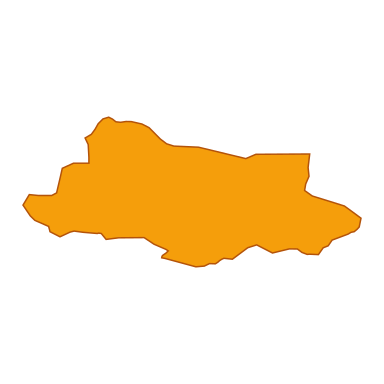 the border of Aluksne
{"feature_id": "LVA-1076", "entity_name": "Aluksne", "entity_type": "Municipality", "adm_level": 1, "iso_a3": "LVA", "parent_name": "Latvia", "parent_adm1": "", "projection": "equal_earth", "projection_center": [27.1, 57.427], "detail": "fine", "context": "isolated", "style": "filled", "palette": "amber", "viewbox_px": 384, "rotation_deg": 0, "n_neighbors": 0, "source": "natural_earth", "source_scale": "10m", "svg_char_len": 1174}
<svg xmlns="http://www.w3.org/2000/svg" viewBox="0 0 384 384"><path d="M108.7,117.2L112.5,119.1L115.9,121.8L120.6,122.3L126.0,121.5L131.3,121.6L141.9,124.0L149.1,127.7L160.4,139.1L166.6,143.8L173.9,146.1L198.5,147.2L245.8,158.6L255.9,154.3L309.7,154.0L308.1,167.5L309.0,176.3L305.7,184.0L304.6,190.5L312.3,196.0L344.4,206.0L361.0,218.2L359.2,227.0L357.2,229.2L354.2,231.7L351.1,232.3L348.1,234.1L332.1,240.1L328.2,245.8L323.2,247.8L318.4,254.6L309.6,254.2L307.2,254.4L301.9,252.4L297.4,249.0L289.3,248.9L272.5,253.0L256.7,244.9L247.8,247.7L232.4,259.2L223.9,258.3L221.7,259.3L219.6,260.6L218.0,262.1L215.4,263.8L209.5,263.6L204.3,266.1L195.8,266.8L164.9,258.4L161.7,257.8L161.9,256.7L162.5,255.5L166.1,253.0L168.2,250.9L166.0,249.4L154.0,244.2L144.1,237.6L118.6,237.8L106.1,239.4L101.3,233.5L100.1,233.3L98.5,233.1L97.3,233.5L83.2,232.3L74.1,231.1L70.1,232.1L60.0,236.8L50.0,231.7L49.7,230.4L48.6,226.4L34.9,220.4L30.3,215.9L23.0,205.1L29.3,194.6L38.4,195.5L51.7,195.5L56.6,192.9L60.2,177.6L62.3,168.3L73.5,163.2L88.9,163.2L88.9,157.2L88.2,144.5L85.1,138.0L91.4,134.3L95.1,129.2L98.2,123.7L103.0,118.9L108.7,117.2Z" fill="#f59e0b" stroke="#b45309" stroke-width="1.5"/></svg>